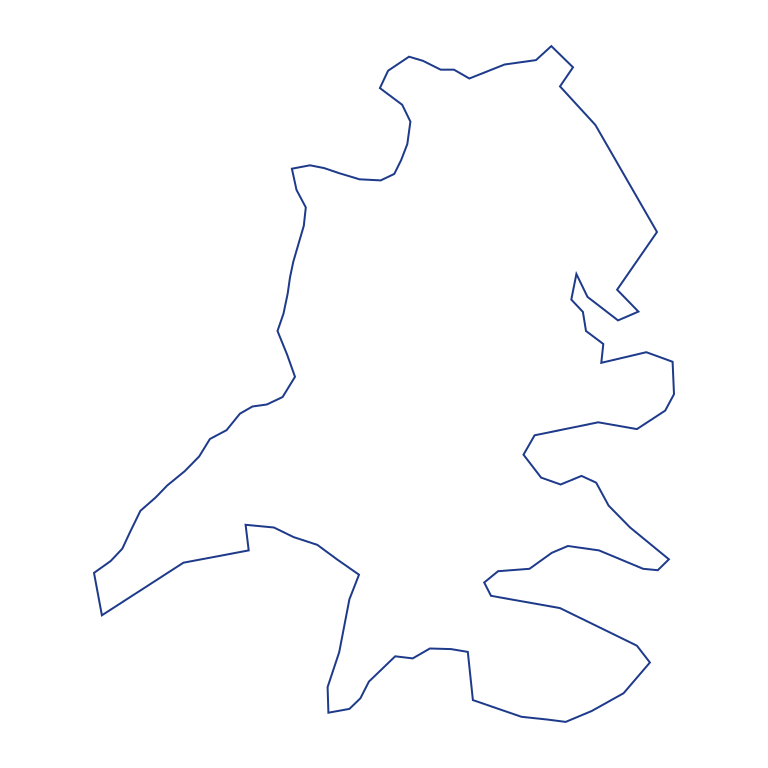 outline of Rodeio Bonito, Rio Grande do Sul, Brazil
{"feature_id": "56859067B52959959308117", "entity_name": "Rodeio Bonito", "entity_type": "district", "adm_level": 2, "iso_a3": "BRA", "parent_name": "Brazil", "parent_adm1": "Rio Grande do Sul", "projection": "natural_earth1", "projection_center": [-53.173, -27.461], "detail": "fine", "context": "isolated", "style": "outline", "palette": "blue", "viewbox_px": 768, "rotation_deg": 0, "n_neighbors": 0, "source": "geoboundaries", "source_scale": "gbopen_adm2", "svg_char_len": 1517}
<svg xmlns="http://www.w3.org/2000/svg" viewBox="0 0 768 768"><path d="M379.9,88.1L402.2,104.8L410.4,121.6L407.3,144.1L401.1,160.2L394.3,173.9L380.7,180.4L359.5,179.3L339.2,173.2L324.2,168.1L310.0,165.3L291.9,168.7L296.5,189.9L305.8,207.4L303.8,225.8L298.7,243.2L293.3,261.7L290.0,277.4L287.7,293.5L283.5,313.6L277.5,331.0L287.1,354.6L295.0,376.8L282.6,397.0L266.8,404.5L252.4,406.5L239.9,413.7L226.6,430.1L209.9,439.0L199.2,456.4L184.8,471.1L167.2,485.5L155.7,497.4L140.4,510.8L129.6,533.0L122.3,548.7L110.7,561.0L94.0,572.9L101.9,615.3L183.4,562.7L248.7,550.4L245.6,524.8L273.9,527.5L293.6,537.1L317.4,544.9L336.9,559.3L359.0,574.7L349.4,599.3L339.2,652.2L327.6,687.1L328.4,712.7L349.4,708.9L360.4,698.3L368.9,681.6L395.2,656.3L412.7,658.4L429.9,648.5L451.1,649.1L467.8,651.9L472.9,700.1L521.5,716.8L547.0,719.5L565.7,721.9L591.7,711.0L623.6,693.2L649.9,662.5L636.9,645.7L560.0,608.1L510.5,599.3L491.0,595.8L484.2,582.5L498.1,571.2L529.5,568.8L551.8,552.8L567.9,546.0L599.0,550.4L643.1,568.8L657.8,570.2L668.9,559.3L630.1,527.5L608.6,505.6L596.2,482.7L581.5,475.9L560.6,484.5L541.1,477.6L523.5,454.7L534.6,435.3L598.2,422.3L636.9,429.1L665.2,410.6L674.0,394.2L672.6,361.8L646.3,352.2L601.3,362.8L603.3,344.0L586.0,331.0L582.9,311.9L571.3,299.6L576.4,274.0L587.5,296.9L618.0,320.4L638.4,311.6L617.1,289.7L657.0,232.0L595.4,125.0L560.0,86.4L573.0,67.3L551.3,46.1L536.0,60.1L504.6,64.5L469.3,78.5L454.0,69.7L440.7,69.7L422.9,60.8L409.0,56.7L388.1,70.7L379.9,88.1Z" fill="none" stroke="#1e3a8a" stroke-width="2"/></svg>